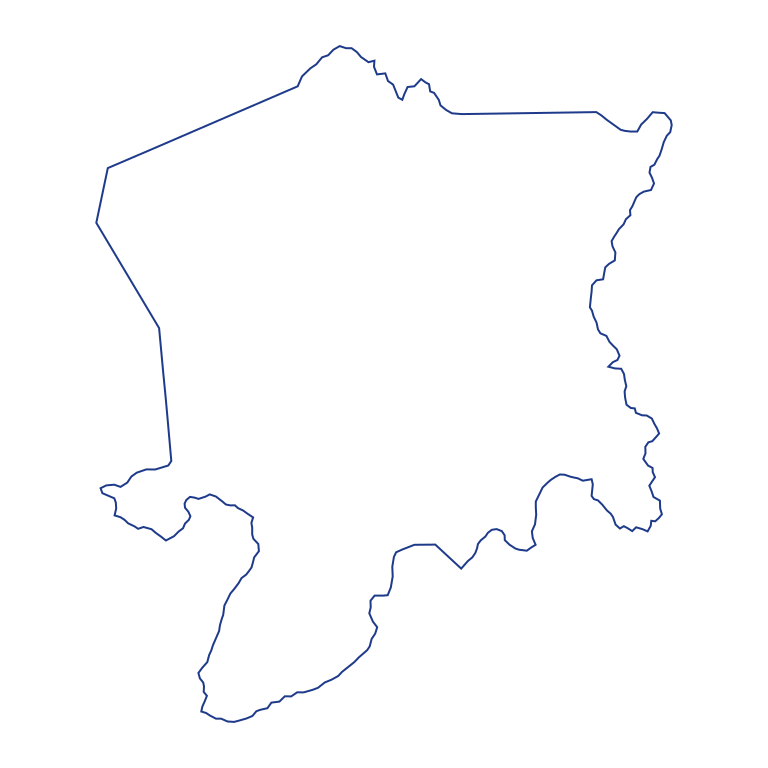 Palmeiras de Goiás, Goiás, Brazil (Mercator projection)
{"feature_id": "56859067B28073231696854", "entity_name": "Palmeiras de Goiás", "entity_type": "district", "adm_level": 2, "iso_a3": "BRA", "parent_name": "Brazil", "parent_adm1": "Goiás", "projection": "mercator", "projection_center": [-49.907, -16.837], "detail": "fine", "context": "isolated", "style": "outline", "palette": "blue", "viewbox_px": 768, "rotation_deg": 0, "n_neighbors": 0, "source": "geoboundaries", "source_scale": "gbopen_adm2", "svg_char_len": 4092}
<svg xmlns="http://www.w3.org/2000/svg" viewBox="0 0 768 768"><path d="M659.5,155.7L661.6,149.5L663.8,142.0L666.9,135.6L670.2,132.2L671.7,125.1L670.8,120.4L664.6,113.1L658.5,112.7L652.7,112.2L647.0,118.9L641.2,124.5L637.3,131.5L630.2,131.5L625.0,130.9L620.7,129.8L606.6,119.7L601.5,115.5L596.3,112.1L461.7,114.1L451.9,113.3L446.0,109.9L440.5,105.4L438.8,99.9L434.1,92.9L430.2,91.4L429.0,84.2L425.5,82.4L421.1,79.1L414.4,86.3L407.6,87.0L404.3,94.2L402.3,99.8L398.3,97.6L393.1,84.6L388.0,81.0L385.3,73.4L377.0,74.4L374.0,66.8L374.4,60.7L368.5,62.2L361.0,57.0L356.9,52.1L351.6,48.2L346.1,48.2L339.7,46.1L333.4,49.7L328.1,55.3L322.1,57.3L316.3,64.3L310.4,68.3L302.0,76.4L297.7,86.3L159.1,146.1L107.8,168.1L96.3,222.8L159.1,328.1L163.3,373.5L165.6,396.9L167.5,417.9L171.3,461.0L168.3,465.5L155.2,469.5L146.3,469.4L136.7,472.7L131.3,476.6L127.3,482.6L120.5,486.9L114.3,484.7L106.3,485.4L100.6,488.2L102.4,493.2L114.3,498.3L115.8,502.5L116.2,508.4L114.6,515.4L120.5,517.2L124.6,519.9L128.1,523.3L134.6,526.4L138.1,528.8L143.5,527.0L151.5,529.2L155.7,532.8L161.1,536.7L165.9,540.5L174.0,536.2L178.9,531.3L183.0,528.3L185.0,523.6L188.8,519.9L190.4,516.3L188.4,511.8L185.0,507.7L184.6,503.6L186.3,500.0L190.0,496.9L194.5,497.6L198.6,498.9L205.6,496.6L209.7,494.4L215.9,496.5L222.4,501.5L225.9,504.5L230.4,505.4L234.9,505.3L238.0,508.1L243.1,510.5L247.2,513.5L253.1,517.4L251.4,522.9L252.2,527.6L252.2,534.5L253.4,538.8L258.3,544.0L258.9,551.2L254.2,557.3L252.8,562.9L251.5,567.5L248.7,571.4L246.2,574.6L241.5,578.1L238.7,583.0L234.5,588.6L230.4,593.5L227.1,600.3L224.4,605.5L223.2,614.9L221.8,618.8L220.0,625.0L219.1,631.0L215.5,639.3L212.8,645.6L211.3,650.4L209.1,655.2L207.3,662.1L202.3,667.7L198.4,673.0L199.9,678.4L203.2,682.5L204.0,686.4L203.7,691.9L206.9,695.8L204.9,700.9L202.3,706.7L201.3,711.5L206.1,713.0L209.9,715.5L216.0,718.7L221.2,718.7L227.6,721.5L234.1,721.9L238.7,720.7L246.4,718.5L252.4,716.0L256.4,711.2L260.3,709.8L267.4,708.2L271.4,702.6L279.4,701.6L284.8,696.3L291.2,696.4L297.2,692.3L303.6,692.4L308.2,691.1L312.7,689.8L318.0,687.8L324.7,682.5L331.5,679.7L338.2,676.0L342.0,671.9L345.9,668.8L354.3,662.1L358.6,657.6L367.2,650.1L369.7,646.4L371.6,639.0L375.2,633.6L377.2,627.2L372.9,621.6L369.3,613.3L370.7,607.4L370.5,600.7L374.6,595.6L383.2,595.6L387.7,595.2L390.8,587.5L392.7,576.5L392.3,566.7L393.9,557.0L396.1,552.3L402.3,549.5L414.4,544.8L435.3,544.6L461.2,568.6L468.0,560.9L472.3,557.4L475.3,553.0L477.1,548.2L477.9,544.1L480.8,540.3L485.4,536.5L487.9,532.8L491.8,529.8L496.6,529.1L501.8,531.1L504.6,535.2L504.8,540.1L509.4,544.6L515.3,548.5L519.0,549.7L526.8,550.7L531.1,547.6L535.6,544.8L532.7,537.9L531.9,531.3L535.0,524.3L536.2,514.7L535.8,507.5L535.8,501.5L540.1,492.7L542.6,487.5L548.1,482.2L551.2,479.6L555.5,476.8L559.8,474.5L564.6,474.7L570.1,476.6L573.8,477.5L577.8,478.3L582.8,480.7L591.6,479.2L592.8,484.3L591.6,495.9L593.9,499.1L598.0,500.4L602.3,504.7L607.0,510.5L610.7,513.7L612.9,516.9L615.6,524.6L619.9,528.5L623.8,526.2L627.5,528.1L632.2,531.1L636.1,527.3L642.3,529.1L647.6,531.4L650.7,525.9L651.3,520.8L655.2,521.3L658.9,518.0L661.9,514.3L660.2,508.6L659.9,500.6L653.5,497.0L651.7,491.6L649.3,485.7L652.3,481.2L655.0,477.2L652.7,472.1L652.6,468.0L648.0,465.5L643.3,458.9L645.5,453.3L645.3,446.8L648.4,442.3L652.3,441.2L656.0,437.1L659.1,433.5L657.0,428.4L654.3,423.7L651.8,418.5L646.7,415.5L642.0,415.3L635.9,412.8L634.8,408.4L630.8,408.0L626.5,404.7L625.1,397.5L624.6,391.5L626.3,386.2L624.8,379.8L624.0,374.0L621.2,368.8L614.8,368.4L608.4,366.7L612.8,362.2L617.4,360.0L619.5,355.7L616.8,349.3L612.9,345.5L609.5,341.9L606.4,335.9L600.4,333.3L598.0,329.4L596.5,322.5L593.7,316.7L592.0,310.7L589.9,307.3L590.4,302.4L590.8,298.3L591.6,291.5L592.0,285.3L596.5,280.3L603.1,279.3L604.1,273.5L605.3,267.3L609.1,263.8L614.8,260.4L615.4,252.5L612.5,246.3L611.6,241.1L614.2,236.6L616.6,233.0L618.9,229.2L623.6,224.3L626.0,219.1L630.4,215.2L630.0,210.1L632.4,206.2L634.1,202.2L636.3,197.2L639.4,194.1L643.9,191.6L651.0,190.0L654.0,183.5L652.1,178.0L649.5,172.6L650.5,166.9L654.4,164.7L657.2,159.1L659.5,155.7Z" fill="none" stroke="#1e3a8a" stroke-width="2"/></svg>